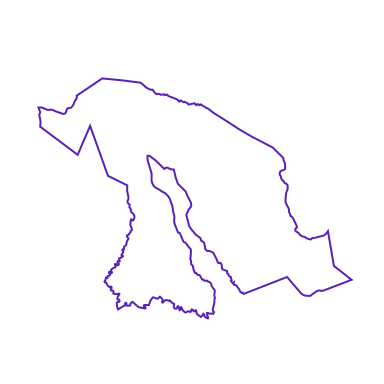 outline of Lucerna, Ocotepeque, Honduras, rotated 341°
{"feature_id": "27666195B25716596314577", "entity_name": "Lucerna", "entity_type": "district", "adm_level": 2, "iso_a3": "HND", "parent_name": "Honduras", "parent_adm1": "Ocotepeque", "projection": "equal_earth", "projection_center": [-89.0, 14.594], "detail": "fine", "context": "isolated", "style": "outline", "palette": "violet", "viewbox_px": 384, "rotation_deg": 341, "n_neighbors": 0, "source": "geoboundaries", "source_scale": "gbopen_adm2", "svg_char_len": 6021}
<svg xmlns="http://www.w3.org/2000/svg" viewBox="0 0 384 384"><g transform="rotate(341 192 192)"><path d="M289.4,189.4L282.7,176.1L266.6,159.2L256.4,147.4L251.9,141.4L238.5,124.7L234.0,118.0L232.7,117.1L231.8,115.6L230.5,114.3L228.8,112.0L228.0,112.4L227.2,112.4L226.8,111.3L226.2,110.8L225.5,111.2L224.8,110.8L224.2,111.2L223.7,110.3L223.5,109.2L223.1,108.9L217.5,108.3L217.0,107.9L216.8,106.7L214.4,104.3L213.6,104.5L213.2,104.3L211.3,101.9L210.5,101.7L209.8,102.4L209.1,102.2L208.5,100.5L207.8,99.3L201.3,93.9L200.5,92.9L200.2,91.8L197.5,91.4L197.4,90.5L194.3,90.0L193.0,88.6L191.5,88.0L190.2,87.9L188.5,84.6L188.4,83.2L188.0,82.5L187.6,82.1L186.3,82.0L183.7,79.5L182.2,77.6L180.7,74.5L178.8,71.8L162.1,63.6L144.1,55.4L114.3,63.4L113.9,65.2L112.7,66.6L111.0,67.6L108.2,70.9L106.1,72.4L104.6,72.9L103.3,72.8L102.2,72.4L100.9,72.7L98.6,75.8L97.4,76.5L95.7,76.3L88.8,70.9L87.1,69.1L85.5,68.2L83.1,67.7L81.7,67.0L77.8,63.4L74.4,62.1L74.3,65.0L74.5,66.3L74.3,67.4L72.7,69.2L72.2,73.5L71.5,76.8L69.7,80.8L96.0,119.6L117.2,96.3L117.8,149.3L132.9,164.6L131.0,170.0L130.5,174.3L130.0,176.9L129.5,178.1L128.2,179.3L127.8,180.9L127.9,182.1L128.7,183.0L128.9,183.7L128.7,184.3L127.9,185.7L128.5,188.6L128.0,191.1L129.4,193.7L129.7,195.2L129.7,196.3L128.6,198.4L127.4,199.5L126.2,199.5L126.0,199.1L125.9,198.2L125.6,198.0L124.7,199.0L123.0,202.9L123.1,206.6L122.8,208.4L121.4,208.9L120.3,210.5L119.3,210.7L118.4,211.8L116.9,211.7L116.2,212.1L116.0,213.2L116.8,214.7L116.5,215.7L114.3,217.6L112.5,220.7L110.0,221.6L109.0,223.9L108.5,224.1L107.7,223.7L107.3,224.0L107.1,224.7L107.7,225.6L107.6,226.3L104.8,228.6L104.9,229.3L105.7,229.8L105.6,230.5L105.1,230.7L104.2,230.4L103.0,231.2L101.6,231.0L101.1,231.7L101.4,233.1L101.1,233.8L100.5,234.0L99.6,233.3L99.0,233.6L98.8,234.5L99.4,235.9L99.1,236.8L98.4,237.2L97.7,237.1L97.3,236.6L96.8,235.3L95.9,235.1L95.4,235.8L95.5,237.3L95.1,238.2L92.3,238.4L90.2,239.2L89.8,240.1L90.2,241.8L89.6,242.5L88.7,242.2L88.2,240.7L87.5,240.7L87.1,241.5L87.9,242.7L87.7,243.6L86.4,244.2L84.7,244.1L84.4,244.5L84.3,245.4L84.0,245.8L82.7,245.1L81.6,246.9L80.1,248.2L80.2,249.0L81.0,249.3L81.4,249.8L81.6,252.4L82.5,254.4L83.1,255.0L84.4,255.0L84.9,255.6L84.8,256.6L83.6,257.1L83.2,258.1L83.7,259.1L84.9,259.4L85.4,260.0L85.4,260.9L84.6,261.8L84.7,262.6L86.4,263.6L88.2,264.2L89.7,264.2L90.1,264.7L89.9,265.2L88.1,266.4L86.6,268.6L86.8,269.5L87.6,269.8L88.1,270.3L88.1,271.0L87.9,271.7L87.1,272.2L85.5,271.8L84.6,272.7L83.9,275.6L83.9,278.9L91.5,277.3L92.0,276.8L92.5,275.5L93.1,275.1L93.6,275.3L93.8,275.9L93.0,277.2L93.1,278.1L96.2,279.2L96.8,279.0L97.3,277.9L97.9,277.2L100.0,276.5L103.9,283.4L109.7,286.9L110.2,286.7L110.4,286.0L110.2,285.4L109.4,284.6L109.4,284.0L109.7,283.5L110.7,283.5L114.4,284.8L115.7,283.5L116.8,281.7L120.5,278.9L121.1,279.0L124.2,281.5L126.0,281.4L127.2,280.5L127.6,280.5L128.5,282.0L129.2,284.7L128.9,285.5L127.9,286.0L128.0,286.9L128.5,286.9L131.7,285.5L133.2,286.1L134.6,287.5L135.7,287.2L137.2,290.5L138.6,291.9L138.6,292.4L137.9,293.3L137.6,294.3L137.4,295.8L137.8,296.7L138.8,297.1L139.9,297.1L140.5,296.6L141.0,295.4L141.6,295.4L142.0,296.5L141.8,299.4L141.9,299.8L143.2,299.3L143.5,298.6L143.6,297.4L144.2,297.3L144.5,298.0L144.6,300.0L145.1,301.6L145.9,303.1L147.0,304.0L149.3,303.4L150.0,303.7L150.9,304.7L151.7,304.9L152.3,304.5L152.9,303.2L153.6,302.9L154.3,303.4L154.6,304.9L155.2,305.6L155.9,305.6L156.7,304.9L157.1,305.0L157.4,305.6L156.9,307.3L157.1,309.3L159.8,313.1L161.3,312.3L162.6,311.1L163.2,310.9L163.7,312.2L163.4,313.4L163.5,314.1L165.2,316.3L165.9,316.7L166.4,316.0L166.3,313.3L166.5,311.9L166.9,311.2L167.6,311.5L168.9,312.8L171.7,313.5L172.3,314.1L173.7,312.7L173.2,311.2L173.4,309.7L176.7,304.6L177.8,302.2L178.3,300.7L179.2,299.7L179.4,296.9L180.9,294.1L181.5,292.3L180.6,289.8L180.1,287.0L180.1,284.6L179.7,283.5L178.9,282.5L177.9,282.0L177.6,280.8L174.8,280.0L174.4,278.6L173.1,278.1L172.2,273.2L170.7,272.3L170.0,271.5L169.6,270.0L168.6,269.6L168.4,268.8L168.6,267.5L168.1,266.7L168.7,262.3L168.6,261.5L167.9,260.8L167.8,259.7L168.7,256.5L168.4,255.5L171.5,248.3L172.2,245.9L170.6,241.8L169.8,239.0L169.1,237.6L168.1,236.7L167.7,235.8L167.1,226.9L166.6,226.2L165.6,225.9L165.2,216.3L165.7,213.3L167.1,210.3L167.7,207.5L167.7,205.0L168.8,199.4L168.8,191.5L168.4,189.2L167.8,187.5L165.9,183.9L164.1,182.2L162.1,179.4L159.0,176.1L157.7,173.7L157.3,170.6L157.5,167.9L159.6,162.2L159.9,160.4L160.3,148.2L160.9,145.6L161.6,143.5L162.9,143.4L164.1,144.7L167.8,150.1L173.3,161.2L174.7,160.6L176.6,160.9L179.3,163.6L182.1,164.8L181.3,173.2L181.3,179.5L186.2,189.5L186.3,192.7L187.5,201.6L187.0,204.3L185.9,205.8L182.9,207.6L182.1,208.9L180.1,210.6L179.2,211.9L178.2,223.4L179.5,227.8L181.8,233.7L185.0,238.4L185.1,239.1L184.7,240.2L184.8,240.8L187.0,243.9L186.7,245.6L186.5,247.9L186.0,249.7L186.3,251.6L187.2,252.6L189.1,253.4L190.8,254.7L191.8,255.8L192.5,257.2L193.5,264.8L193.4,267.1L194.5,268.1L195.7,268.2L196.3,269.2L196.3,270.7L195.5,273.8L195.5,274.5L196.0,275.3L199.4,278.2L198.8,280.5L199.6,281.6L199.5,283.1L201.1,285.3L200.6,286.0L200.9,288.1L200.4,288.6L199.8,288.8L200.8,291.3L202.2,291.0L201.6,292.0L201.4,293.3L201.8,293.7L202.7,293.8L203.6,295.0L205.1,300.3L205.0,301.5L206.3,303.8L207.2,303.6L207.9,305.2L254.2,303.3L262.1,323.3L263.7,325.6L265.2,326.8L269.4,328.6L271.1,328.5L272.2,327.9L278.4,326.2L281.0,326.8L282.2,327.7L284.2,328.0L314.3,327.0L302.1,308.0L307.8,273.3L305.7,274.9L302.4,276.1L292.7,275.2L290.7,274.7L289.2,275.5L288.4,275.4L285.0,272.8L283.8,270.9L282.4,270.3L281.1,269.0L279.9,267.2L279.4,265.4L277.9,263.6L277.1,262.1L277.5,260.8L278.3,260.1L279.4,259.9L280.0,258.6L279.1,250.3L278.2,247.5L277.4,246.9L277.2,246.4L277.5,245.0L277.2,242.2L277.9,240.7L278.0,238.9L277.0,232.4L278.4,228.4L280.8,223.5L283.4,220.3L284.6,216.8L284.2,215.5L282.5,213.4L282.1,212.4L282.1,211.0L281.3,210.4L281.0,209.7L280.8,208.1L281.1,206.1L280.7,204.8L280.7,203.6L281.2,202.4L282.3,201.3L284.3,200.9L286.8,200.9L287.7,200.3L289.3,195.1L288.9,192.4L289.1,190.6L289.4,189.4Z" fill="none" stroke="#5b21b6" stroke-width="2"/></g></svg>